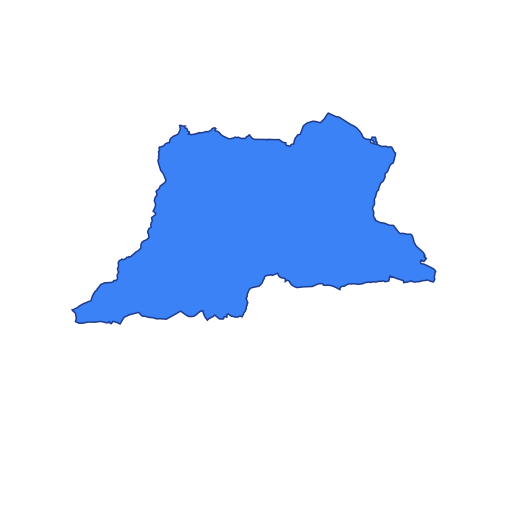 Catina, Buzau, Romania (Albers equal-area conic projection), rotated 224°
{"feature_id": "2599482B39348236200125", "entity_name": "Catina", "entity_type": "district", "adm_level": 2, "iso_a3": "ROU", "parent_name": "Romania", "parent_adm1": "Buzau", "projection": "albers", "projection_center": [26.245, 45.307], "detail": "fine", "context": "isolated", "style": "filled", "palette": "blue", "viewbox_px": 512, "rotation_deg": 224, "n_neighbors": 0, "source": "geoboundaries", "source_scale": "gbopen_adm2", "svg_char_len": 6155}
<svg xmlns="http://www.w3.org/2000/svg" viewBox="0 0 512 512"><g transform="rotate(224 256 256)"><path d="M401.6,296.8L398.5,294.7L397.2,291.2L396.8,289.5L396.9,288.8L398.7,284.5L398.9,281.6L398.8,280.1L397.2,277.5L398.6,275.2L399.1,273.7L398.9,271.5L399.9,268.8L401.1,267.4L401.0,266.6L400.6,266.1L399.2,265.6L398.6,263.3L396.1,261.5L395.2,259.7L393.8,259.0L393.3,257.3L392.9,256.6L390.9,255.2L383.9,251.3L380.3,250.9L376.6,249.4L375.4,248.7L373.5,248.2L372.6,245.4L373.5,239.9L372.8,238.0L372.4,235.6L372.8,234.7L372.8,233.5L372.5,232.8L371.9,232.8L369.5,230.8L369.2,229.9L369.4,229.1L369.1,227.8L367.5,225.1L364.5,223.7L363.9,223.2L362.2,220.4L361.2,216.8L358.6,217.0L357.6,216.7L357.0,216.1L357.8,211.1L356.6,210.1L355.0,209.4L354.4,207.0L353.4,205.3L351.5,204.1L352.0,201.2L351.2,199.0L350.3,197.7L348.5,197.0L345.9,194.9L345.9,192.5L346.4,190.6L347.2,188.9L347.5,186.7L347.4,186.0L346.5,184.1L344.3,181.7L344.4,177.8L345.2,175.7L345.3,171.5L345.8,170.0L345.5,169.7L345.4,168.9L345.7,168.0L347.1,167.0L346.9,166.3L348.1,165.3L347.9,163.6L348.8,161.3L350.3,160.6L350.4,159.3L350.9,158.5L351.0,157.1L350.5,155.5L348.1,153.5L347.3,152.3L347.0,150.8L344.9,149.4L343.7,149.2L342.5,145.6L339.9,143.6L339.5,142.5L340.1,140.7L341.2,139.7L341.0,138.2L341.5,136.7L346.2,131.6L347.8,127.9L347.8,126.2L347.4,124.4L347.4,122.1L346.8,121.2L347.1,119.1L347.1,118.4L346.5,116.9L346.5,116.6L346.8,116.4L346.4,115.6L346.0,113.9L343.7,109.2L344.0,108.2L345.2,106.2L345.3,105.3L346.9,102.2L348.4,97.1L348.5,95.2L349.9,91.0L350.9,89.6L349.7,89.3L346.6,89.5L345.7,89.1L342.0,86.4L340.3,83.4L336.8,84.6L335.4,85.9L333.6,87.7L332.2,90.0L330.7,92.0L327.9,94.7L326.1,96.2L323.2,100.0L321.7,101.5L316.9,104.2L316.1,105.4L315.8,106.9L314.2,106.3L313.4,106.5L313.0,107.1L313.5,108.7L313.6,109.5L310.4,111.3L306.6,112.7L308.2,119.7L308.0,121.2L306.1,126.0L301.4,133.7L300.3,134.0L299.6,133.7L298.6,133.8L297.5,133.6L295.9,133.8L294.1,135.5L290.8,137.2L286.4,140.6L284.9,141.1L283.0,142.5L282.3,143.5L276.6,148.3L272.8,160.9L272.2,163.4L271.2,164.1L266.6,164.7L262.6,165.6L260.2,167.7L258.7,169.9L258.1,172.7L258.1,174.8L257.6,177.2L256.3,179.7L254.2,178.3L250.5,176.8L246.4,176.0L246.4,178.0L244.8,182.5L244.7,184.8L238.5,185.4L235.9,187.8L235.9,188.8L236.7,190.0L236.2,191.0L234.5,191.7L236.1,193.9L235.9,195.0L232.0,195.5L229.2,197.4L228.5,197.5L226.4,199.8L226.2,201.1L225.5,201.9L223.7,202.6L225.3,207.2L225.4,208.7L226.4,211.4L227.6,212.4L228.3,214.6L229.1,215.3L229.5,216.8L230.8,217.1L232.0,218.0L233.7,218.6L233.9,219.1L234.0,220.4L235.7,222.4L237.6,227.2L237.4,229.2L236.8,230.6L232.8,236.5L232.7,238.3L232.9,241.0L234.0,243.8L234.6,246.0L235.4,246.8L235.5,247.8L235.1,248.7L232.0,253.1L230.8,253.3L228.5,258.6L226.0,257.6L223.8,257.4L219.4,259.9L218.5,259.5L217.2,258.0L216.8,260.2L215.3,261.0L211.1,260.0L210.0,260.0L207.2,260.6L204.5,261.8L200.7,266.5L194.4,273.1L191.7,279.5L189.4,281.9L188.7,282.3L187.9,282.0L187.0,282.0L184.9,283.8L184.3,284.8L180.7,287.3L176.9,288.8L172.3,290.1L173.4,291.7L173.5,292.4L172.9,294.1L171.4,295.7L170.7,298.6L169.5,300.9L168.0,302.1L166.3,304.1L163.0,306.5L160.1,310.0L159.1,312.4L157.0,315.3L155.4,316.4L153.3,319.4L152.0,320.2L150.8,321.8L150.1,323.2L147.9,325.1L147.6,326.2L146.7,326.9L145.3,327.1L144.9,327.8L143.4,329.6L143.3,330.7L143.9,331.4L144.1,332.1L145.2,333.3L145.6,334.6L144.9,334.3L144.0,335.0L143.4,334.9L143.2,335.2L143.7,335.7L139.2,337.5L132.8,340.7L131.3,339.4L129.4,341.8L126.8,346.2L125.8,346.1L123.6,347.6L122.2,349.6L121.2,350.3L118.7,354.4L117.2,356.0L116.3,357.5L114.8,358.5L113.4,358.9L110.6,360.3L110.4,360.8L111.1,363.3L113.4,364.9L114.3,366.7L115.2,367.7L115.7,368.6L115.8,369.5L116.9,370.0L119.3,370.1L124.8,368.5L129.9,366.7L131.2,365.5L132.6,365.3L133.7,366.3L134.2,367.1L133.8,367.3L134.1,367.7L134.0,368.0L133.1,367.9L133.0,368.3L132.1,368.3L131.5,368.7L131.3,369.9L131.8,370.4L131.5,371.5L131.8,372.6L132.7,372.4L133.4,372.9L134.0,372.3L134.4,372.4L135.2,373.0L135.0,373.9L135.2,374.0L135.7,373.9L136.7,374.4L138.9,374.8L146.7,374.4L148.5,374.6L151.7,375.7L156.7,378.7L158.6,379.3L160.1,379.0L162.3,376.7L166.1,374.3L167.9,372.3L169.4,372.1L178.3,373.5L181.6,370.7L185.3,369.3L186.9,368.5L189.4,366.6L192.2,365.4L194.0,365.1L194.8,364.5L195.8,365.4L198.6,366.0L200.1,367.2L200.4,367.8L201.9,369.5L205.0,370.9L205.5,372.1L206.4,373.0L206.3,374.0L206.5,375.1L207.8,376.7L210.6,379.4L210.9,381.2L213.1,384.9L213.8,386.7L213.7,388.5L215.4,391.1L216.5,394.0L216.8,395.0L216.5,398.2L217.5,401.3L218.1,402.7L219.7,404.1L220.3,405.0L220.0,407.9L222.6,414.4L222.6,416.2L222.0,417.7L222.0,418.2L222.4,419.3L223.4,420.8L223.4,421.4L224.7,423.0L225.4,424.6L227.0,426.9L228.7,426.8L233.8,428.6L235.1,427.9L236.1,426.9L236.5,426.0L238.6,425.3L241.8,422.0L246.0,420.5L247.5,419.6L247.1,420.9L247.4,421.6L248.7,422.1L249.2,421.8L251.3,423.7L252.6,424.3L255.0,422.3L254.2,419.9L250.4,420.1L249.7,419.8L249.5,418.6L252.0,417.4L252.5,417.3L254.3,418.9L255.1,418.9L257.7,416.7L260.6,415.8L262.7,416.2L264.0,416.9L266.7,417.6L272.4,418.1L275.7,417.6L279.1,416.4L292.9,413.6L295.0,411.9L303.3,409.0L303.1,406.7L302.1,401.9L302.3,396.6L306.5,394.2L308.7,392.5L311.7,387.0L312.3,382.5L308.7,374.3L310.2,372.0L309.7,369.9L309.7,368.4L308.5,365.4L306.7,362.8L307.8,361.4L308.1,359.9L307.6,359.0L308.1,358.3L309.4,357.8L311.0,356.6L311.9,356.8L313.2,358.2L315.7,356.4L320.4,355.8L322.2,353.8L328.1,348.5L327.9,348.2L328.4,347.6L328.9,347.1L329.2,347.3L338.0,339.0L338.7,338.5L341.2,338.0L344.8,338.6L345.1,338.3L345.1,336.2L345.6,335.6L345.6,334.5L345.3,333.7L345.4,332.9L347.0,331.9L347.2,331.3L348.1,330.4L351.2,329.2L352.0,327.9L353.4,327.2L354.6,324.4L355.3,323.6L355.8,322.6L357.1,321.4L363.6,319.2L365.6,319.0L367.8,319.3L370.1,319.1L371.9,317.8L372.4,317.7L373.3,318.5L373.2,319.7L374.2,319.8L375.3,318.9L375.7,318.0L376.0,317.1L375.7,315.3L376.6,312.4L378.7,310.4L379.7,308.1L381.4,306.3L381.9,305.3L382.4,305.4L382.7,304.5L383.5,303.8L383.6,302.8L385.2,300.7L385.2,300.3L387.3,297.9L388.6,297.8L389.3,296.8L389.6,297.8L389.5,298.2L390.0,298.9L392.1,298.5L394.5,299.7L395.5,299.0L396.3,298.9L397.2,299.7L397.2,300.2L399.3,298.3L401.0,297.7L401.6,296.8Z" fill="#3b82f6" stroke="#1e3a8a" stroke-width="1.5"/></g></svg>